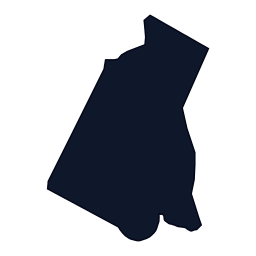 Borkou, Robinson projection
{"feature_id": "TCD-5577", "entity_name": "Borkou", "entity_type": "Préfecture", "adm_level": 1, "iso_a3": "TCD", "parent_name": "Chad", "parent_adm1": "", "projection": "robinson", "projection_center": [18.999, 18.69], "detail": "fine", "context": "isolated", "style": "filled", "palette": "ink", "viewbox_px": 256, "rotation_deg": 0, "n_neighbors": 0, "source": "natural_earth", "source_scale": "10m", "svg_char_len": 1375}
<svg xmlns="http://www.w3.org/2000/svg" viewBox="0 0 256 256"><path d="M158.0,19.9L161.0,21.6L164.6,23.7L168.3,25.8L171.9,27.8L175.6,29.9L179.2,32.0L182.8,34.1L186.5,36.1L190.1,38.2L193.8,40.3L197.4,42.4L201.1,44.5L204.7,46.5L208.4,48.6L182.2,107.9L186.7,128.1L194.8,152.6L194.8,164.3L194.1,179.5L191.2,193.8L198.6,217.4L201.2,225.0L196.7,229.5L194.0,229.9L192.8,230.5L191.3,230.9L191.2,230.9L190.5,230.8L187.7,229.3L186.2,228.1L185.6,227.7L184.7,227.4L182.3,227.0L178.2,226.5L176.7,226.0L175.5,225.4L171.9,224.2L169.5,223.7L169.0,223.5L165.1,220.7L164.7,220.2L164.5,219.8L164.4,219.6L164.0,216.3L163.8,215.5L163.7,215.3L163.5,215.1L163.1,214.7L162.9,214.6L162.7,214.4L161.7,214.1L161.3,214.0L161.1,214.1L160.6,214.2L160.3,214.2L160.1,214.0L159.6,213.5L159.3,213.5L159.1,213.5L158.9,213.7L159.0,217.2L158.8,221.3L158.7,221.7L156.4,228.8L155.5,230.7L153.9,232.8L150.6,235.9L149.3,236.9L146.3,238.4L140.4,240.4L139.5,240.6L137.0,240.6L130.8,239.0L129.0,238.1L125.3,235.6L122.5,232.7L120.1,229.6L118.7,227.3L118.5,227.0L118.1,226.7L83.3,208.0L48.1,189.1L47.6,188.8L47.7,188.4L47.8,187.6L47.9,186.0L48.1,184.5L48.2,182.9L48.3,181.3L71.7,134.5L88.0,101.7L104.1,69.2L105.6,59.9L114.3,59.9L118.0,59.1L121.6,54.9L127.5,51.5L138.4,47.3L145.0,44.8L145.7,37.2L145.0,28.8L144.2,20.4L150.1,15.4L153.7,17.4L157.4,19.5L158.0,19.9Z" fill="#0f172a" stroke="#020617" stroke-width="1.5"/></svg>